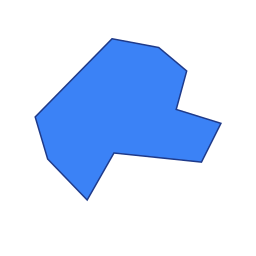 the border of Jekabpils, rotated 40°
{"feature_id": "LVA-1085", "entity_name": "Jekabpils", "entity_type": "Republican City", "adm_level": 1, "iso_a3": "LVA", "parent_name": "Latvia", "parent_adm1": "", "projection": "orthographic", "projection_center": [25.867, 56.506], "detail": "fine", "context": "isolated", "style": "filled", "palette": "blue", "viewbox_px": 256, "rotation_deg": 40, "n_neighbors": 0, "source": "natural_earth", "source_scale": "10m", "svg_char_len": 292}
<svg xmlns="http://www.w3.org/2000/svg" viewBox="0 0 256 256"><g transform="rotate(40 128 128)"><path d="M49.8,179.2L58.4,69.9L99.8,46.6L136.3,46.6L153.0,82.8L196.2,64.7L206.2,106.9L133.3,156.2L143.0,209.4L86.4,203.4L49.8,179.2Z" fill="#3b82f6" stroke="#1e3a8a" stroke-width="1.5"/></g></svg>